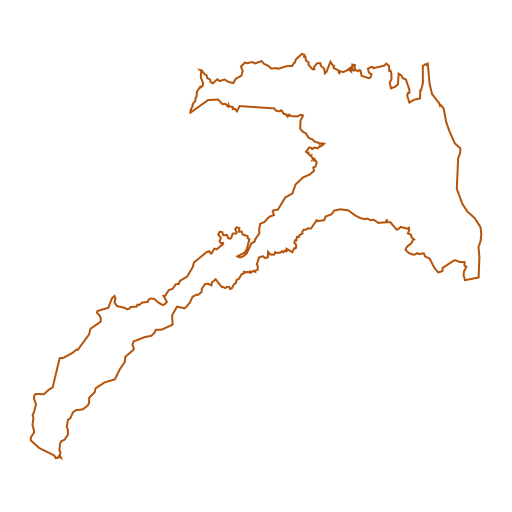 Rioviejo, Bolívar, Colombia (Natural Earth projection)
{"feature_id": "7082276B23720566287861", "entity_name": "Rioviejo", "entity_type": "district", "adm_level": 2, "iso_a3": "COL", "parent_name": "Colombia", "parent_adm1": "Bolívar", "projection": "natural_earth1", "projection_center": [-74.045, 8.431], "detail": "fine", "context": "isolated", "style": "outline", "palette": "amber", "viewbox_px": 512, "rotation_deg": 0, "n_neighbors": 0, "source": "geoboundaries", "source_scale": "gbopen_adm2", "svg_char_len": 5952}
<svg xmlns="http://www.w3.org/2000/svg" viewBox="0 0 512 512"><path d="M378.3,222.9L386.1,222.3L386.4,220.2L387.1,220.3L386.9,222.2L390.3,222.2L396.6,229.6L398.2,229.3L400.5,226.9L407.6,228.7L408.8,227.8L409.2,230.2L407.9,233.4L411.0,234.7L411.5,237.2L414.0,239.5L412.9,239.8L411.5,243.1L406.9,246.8L405.5,249.8L408.6,252.9L413.1,254.6L414.8,254.6L417.4,253.0L418.7,254.1L423.8,253.3L425.2,256.5L429.7,258.7L434.4,267.9L438.3,272.5L442.3,271.1L442.7,267.9L453.7,260.6L455.6,260.3L459.3,261.9L464.6,262.1L464.5,265.6L466.4,266.8L464.1,271.1L463.5,274.7L465.0,280.2L478.6,277.5L479.4,257.1L478.5,247.1L480.6,241.0L481.3,234.3L480.5,227.1L474.7,218.1L467.6,211.8L462.4,204.0L456.8,188.9L458.1,158.5L460.2,152.7L460.4,148.3L454.8,143.4L449.5,131.4L446.2,122.2L443.6,108.3L440.7,105.0L440.0,105.7L439.1,103.1L432.0,94.0L429.5,83.2L427.8,63.9L426.7,65.0L425.9,64.0L422.8,65.9L422.9,83.2L420.9,90.5L420.2,90.6L420.1,98.4L414.2,99.7L409.4,102.6L407.2,95.6L407.9,93.0L409.4,92.8L409.4,89.7L405.8,79.3L403.0,78.4L401.2,75.2L398.7,73.7L397.9,84.5L394.7,87.0L391.0,88.3L389.7,82.7L391.5,79.3L391.4,74.0L390.6,70.7L389.3,71.0L388.9,65.7L386.2,63.6L384.4,65.6L373.3,68.2L372.3,66.9L370.8,67.1L367.9,68.7L369.0,72.8L371.5,74.2L370.6,77.4L369.0,78.2L361.6,75.8L360.5,70.5L359.3,70.1L358.0,71.3L355.5,70.0L354.4,67.6L355.0,65.2L353.6,64.8L352.3,64.6L352.5,66.3L350.2,67.9L351.6,67.9L353.5,70.4L352.1,70.4L352.1,69.1L351.2,68.4L351.6,69.0L350.4,69.9L350.7,71.1L348.9,69.4L343.5,72.0L340.0,71.4L339.4,73.1L338.6,72.3L339.1,70.8L333.6,68.0L334.0,65.9L332.9,65.5L330.4,61.8L326.6,71.7L324.8,73.3L324.3,68.9L320.8,65.7L320.3,63.1L316.9,63.4L314.0,67.2L314.4,69.2L312.5,69.3L308.4,64.6L308.6,62.6L305.9,60.3L305.4,56.8L304.1,56.8L304.5,54.9L301.9,53.9L295.9,59.4L295.0,62.5L294.0,62.8L292.2,66.0L286.9,66.1L278.0,68.8L276.3,68.1L271.4,68.6L268.3,65.8L264.1,63.9L261.5,61.1L254.8,63.5L252.4,62.0L246.8,63.3L245.0,62.5L240.9,66.6L242.7,70.9L241.5,75.6L235.7,78.8L233.3,83.1L228.3,81.9L224.6,79.5L219.6,81.1L217.3,79.3L212.7,83.4L210.6,81.9L210.0,79.5L207.3,78.1L206.5,75.2L204.3,74.0L201.6,70.2L200.2,70.0L201.2,70.8L200.8,77.4L203.1,83.2L202.8,85.5L201.0,87.4L200.3,86.7L197.0,91.6L196.5,96.9L195.6,97.7L195.3,100.7L192.6,104.3L192.7,105.9L190.6,110.1L190.5,112.6L208.2,100.0L218.2,99.6L222.5,104.2L225.3,103.8L228.1,106.6L228.5,105.0L228.9,106.2L232.8,107.1L232.8,109.0L234.8,108.7L236.9,111.3L239.6,106.1L274.2,108.4L276.2,110.8L279.7,111.3L281.4,110.3L283.8,114.0L285.4,114.0L287.6,116.7L288.8,115.8L288.4,114.8L289.3,114.6L289.8,115.6L292.5,116.3L297.6,116.4L300.4,114.8L302.3,115.2L303.0,115.6L300.5,120.7L300.2,128.8L303.1,132.0L305.9,133.3L308.7,137.9L313.0,139.7L314.2,141.4L319.2,143.1L319.9,144.1L321.1,143.3L324.0,143.7L321.5,146.0L319.4,146.5L317.9,148.3L314.3,147.5L312.2,149.1L311.5,148.0L309.2,147.5L306.0,151.8L307.3,153.0L308.5,152.6L308.6,154.0L310.0,155.4L311.1,155.2L310.7,155.9L313.1,158.5L312.6,159.7L313.8,159.0L314.2,160.2L314.7,159.5L315.2,160.9L316.3,161.3L316.7,162.8L315.4,166.6L313.3,167.5L314.0,170.8L310.0,174.4L303.1,177.4L295.6,184.4L292.4,193.5L285.3,197.4L277.9,209.6L273.4,210.4L272.6,211.3L274.0,215.1L269.3,216.7L264.3,222.1L260.2,223.8L259.1,229.6L259.4,233.3L255.6,238.7L254.4,241.8L251.5,243.2L246.7,253.4L243.4,256.3L240.0,257.5L239.5,257.1L237.5,256.6L237.3,256.4L244.7,252.6L246.8,249.1L249.4,239.2L247.8,238.3L247.5,236.0L242.8,234.6L241.6,231.5L239.0,231.7L239.4,228.3L236.6,227.2L235.1,229.0L236.6,231.9L236.4,233.4L232.7,233.6L231.3,237.7L230.1,238.8L228.0,238.0L227.2,235.1L223.3,235.2L222.4,232.3L219.7,231.7L218.2,234.5L220.9,237.8L219.6,241.2L220.9,243.2L223.0,243.0L223.2,243.9L216.6,249.4L214.4,248.6L211.5,253.5L210.6,253.4L209.2,251.2L206.4,252.2L194.0,262.5L192.7,267.2L187.1,276.6L179.9,280.9L178.7,284.0L175.7,284.3L172.6,288.8L168.8,290.1L165.4,295.5L163.5,295.9L166.9,301.9L164.3,304.6L162.5,304.9L158.7,302.8L154.2,298.9L150.6,298.4L148.6,299.7L147.8,301.9L142.1,302.6L139.2,305.0L137.4,304.6L136.6,306.6L130.4,307.0L129.5,308.6L127.1,309.3L124.9,307.9L117.0,306.1L114.5,302.5L115.4,298.3L114.5,296.0L112.0,298.2L108.4,307.7L97.4,311.1L97.0,312.8L99.6,315.4L100.8,318.5L100.6,321.8L90.4,328.8L89.1,334.4L77.7,349.9L76.6,349.5L72.3,353.0L63.3,357.9L59.7,358.1L52.6,387.6L49.2,389.4L43.9,394.2L35.6,394.0L34.3,395.5L33.9,398.6L36.0,404.3L33.9,412.6L32.6,414.6L33.4,418.0L32.5,424.8L34.3,432.1L30.7,437.6L30.9,440.5L39.3,448.1L53.7,455.2L55.4,456.9L55.6,458.1L57.7,458.0L58.7,456.3L60.9,457.7L59.9,455.5L60.4,452.0L59.4,450.4L60.0,444.3L60.9,441.5L64.5,439.7L67.8,435.0L68.0,430.2L66.8,426.8L67.9,419.8L70.4,418.1L72.9,412.4L75.8,410.2L82.6,409.4L87.8,405.5L89.1,402.8L89.1,397.8L94.7,392.2L95.6,388.3L104.4,382.5L114.9,379.3L119.9,369.1L124.8,361.9L125.3,356.8L133.5,349.8L133.9,348.6L132.5,344.9L133.5,341.5L144.8,337.1L151.6,335.7L154.5,332.7L155.8,329.8L161.4,329.7L172.6,324.7L172.1,315.4L177.0,306.6L184.4,308.3L185.9,307.3L190.0,302.4L192.6,296.7L196.3,294.8L198.1,294.8L201.6,292.1L201.7,289.0L205.0,284.1L207.9,283.6L211.3,285.4L212.0,282.3L215.6,279.3L221.8,287.1L222.8,286.8L225.2,288.1L227.1,286.8L229.3,287.0L229.9,288.9L231.7,288.5L233.7,284.7L236.0,282.8L236.4,280.2L239.0,278.7L241.6,274.2L243.7,273.4L244.3,272.4L243.4,271.2L246.0,272.6L246.8,271.9L248.7,272.4L250.0,271.4L250.6,272.8L253.2,271.0L255.1,271.8L254.9,270.8L257.7,269.8L257.7,265.8L256.8,264.3L259.1,257.4L262.9,256.2L265.1,258.1L267.8,257.3L268.1,252.0L270.2,254.5L274.0,254.7L275.2,252.2L275.9,253.0L280.7,252.5L281.8,251.3L283.4,252.3L284.5,250.6L287.2,251.7L286.2,250.6L286.5,248.7L292.3,252.2L294.3,248.1L295.4,248.5L296.1,247.6L296.1,244.8L294.2,242.5L294.7,241.0L295.3,240.1L296.4,240.5L296.9,236.9L298.9,237.1L299.5,235.1L302.5,233.5L302.2,232.1L303.4,229.9L307.0,229.3L307.9,228.3L311.0,228.5L316.7,220.2L317.7,221.1L324.2,220.2L325.6,216.5L331.6,214.3L334.1,210.6L340.4,209.3L348.4,210.4L355.1,215.4L360.5,218.2L364.8,219.1L367.2,218.6L371.1,220.3L373.5,219.6L378.3,222.9Z" fill="none" stroke="#b45309" stroke-width="2"/></svg>